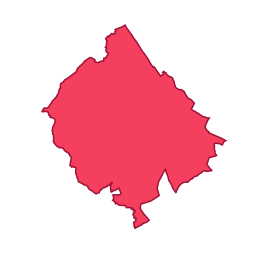 Jugureni, Prahova, Romania, rotated 324°
{"feature_id": "2599482B77676067936148", "entity_name": "Jugureni", "entity_type": "district", "adm_level": 2, "iso_a3": "ROU", "parent_name": "Romania", "parent_adm1": "Prahova", "projection": "robinson", "projection_center": [26.419, 45.107], "detail": "fine", "context": "isolated", "style": "filled", "palette": "rose", "viewbox_px": 256, "rotation_deg": 324, "n_neighbors": 0, "source": "geoboundaries", "source_scale": "gbopen_adm2", "svg_char_len": 5770}
<svg xmlns="http://www.w3.org/2000/svg" viewBox="0 0 256 256"><g transform="rotate(324 128 128)"><path d="M171.1,212.0L170.5,209.6L170.4,203.3L171.8,202.9L176.1,199.7L176.5,199.6L178.4,200.7L179.5,200.9L182.5,202.2L183.6,202.2L183.7,201.8L183.4,200.8L183.3,200.0L183.4,199.7L184.5,198.4L184.7,197.7L185.2,196.7L185.3,196.3L185.2,196.1L186.7,194.3L188.2,192.0L188.9,191.2L190.4,192.2L192.8,194.5L193.5,195.5L193.8,196.6L194.5,197.1L196.5,195.8L197.8,195.4L199.1,195.5L199.6,195.7L198.1,192.2L190.5,179.3L191.1,178.9L190.8,177.3L190.3,176.2L190.3,175.8L190.6,175.3L190.6,174.9L190.5,174.7L190.6,173.3L191.2,173.0L191.5,171.9L193.5,170.6L198.2,168.1L199.3,168.0L199.7,167.8L197.7,166.1L196.7,164.3L195.4,163.1L195.2,162.4L194.8,161.7L194.8,161.3L194.7,160.8L194.1,159.8L193.8,158.5L193.4,157.6L193.1,156.6L192.4,155.3L192.0,153.9L191.5,153.3L190.8,151.9L190.3,149.9L192.7,148.9L196.3,146.9L196.3,146.3L196.0,145.5L196.0,143.8L195.7,143.1L195.8,142.4L194.3,139.6L194.2,138.7L194.1,137.8L194.2,136.0L194.5,135.2L194.3,134.2L194.9,131.7L194.1,131.1L194.5,130.1L194.3,129.5L193.8,128.9L193.5,128.1L192.3,127.4L191.7,126.8L190.4,123.3L190.4,122.7L191.1,121.4L191.2,120.4L192.5,117.7L192.7,116.2L193.0,115.3L193.4,113.5L193.3,113.0L192.0,110.9L190.9,108.6L190.8,107.9L190.9,107.2L191.1,106.6L191.1,105.9L191.0,105.5L190.3,104.5L190.2,104.0L190.5,103.4L190.4,103.3L189.7,103.2L188.7,103.4L188.9,103.7L189.0,104.6L188.9,105.1L188.7,105.3L186.4,104.9L184.8,105.2L184.7,104.9L185.0,101.4L184.9,98.9L185.1,94.5L185.0,93.8L184.1,93.8L184.1,89.3L184.7,84.5L184.9,77.2L184.7,75.1L185.1,68.7L185.5,64.8L185.5,60.7L185.4,57.3L185.8,55.6L185.7,52.3L185.8,49.7L185.7,46.7L185.8,45.5L186.2,43.1L183.3,42.7L182.0,42.7L180.3,42.1L175.5,40.8L175.3,40.9L175.3,42.3L174.0,42.4L173.8,43.2L173.1,43.6L172.8,43.6L172.5,43.4L172.2,43.8L171.3,43.3L170.9,43.3L170.7,42.5L170.4,41.9L169.8,41.9L168.7,42.4L167.4,42.4L166.3,43.1L166.0,42.9L166.0,42.0L165.7,41.8L165.2,41.8L164.0,42.4L162.7,42.3L162.4,42.9L162.4,43.5L162.2,44.2L162.4,44.6L162.2,45.2L160.9,46.2L160.3,47.1L158.9,48.4L158.5,49.0L157.1,49.4L157.2,49.7L157.7,50.3L157.8,50.5L157.7,50.8L156.2,51.6L155.9,52.0L155.1,53.6L155.1,53.9L155.8,55.2L155.8,55.6L155.7,56.1L155.4,56.4L153.9,57.1L150.8,58.1L150.4,57.9L149.9,57.4L149.6,57.3L147.7,59.3L147.4,59.4L146.8,58.8L145.5,58.1L143.5,57.7L142.3,57.7L140.7,55.6L140.0,55.2L139.8,54.8L139.9,54.7L140.6,53.9L141.3,53.7L141.4,53.3L140.2,50.9L140.0,49.9L138.5,48.6L132.3,48.4L128.3,49.5L125.9,49.5L124.2,49.9L122.3,50.1L121.8,50.3L120.0,51.7L118.4,52.1L111.2,52.2L106.9,52.1L105.3,51.9L102.5,52.7L99.5,52.6L98.7,53.5L96.8,55.8L94.8,56.5L94.5,57.0L91.8,59.1L90.2,59.7L87.9,61.0L87.0,60.8L86.4,61.1L84.2,61.4L83.3,61.7L82.6,61.7L80.4,62.8L77.7,63.6L76.3,64.4L73.7,64.2L73.3,63.6L71.9,62.6L70.1,63.1L69.9,63.5L69.9,64.0L69.7,64.3L68.9,64.4L68.5,63.9L68.2,64.0L68.2,64.4L68.7,64.8L70.4,65.7L71.6,66.6L72.3,67.4L72.5,67.9L72.6,68.8L71.5,70.8L71.6,71.2L72.3,72.0L72.4,72.5L72.2,72.8L71.4,73.1L71.3,73.3L71.7,74.1L73.6,76.3L73.9,78.0L73.6,78.8L72.1,80.6L69.5,82.2L68.1,82.7L64.9,85.9L64.3,87.5L63.5,88.7L63.6,90.1L62.8,91.1L62.2,91.6L61.6,93.2L60.0,94.6L59.6,95.4L59.5,96.6L59.6,99.5L59.8,101.0L60.5,102.7L60.6,103.3L62.4,104.7L63.6,106.5L63.7,106.9L63.4,108.5L63.7,110.3L65.1,113.1L64.9,114.5L65.0,115.5L64.7,116.7L65.0,117.4L65.1,117.8L65.0,118.1L64.0,119.2L63.1,120.4L61.4,121.6L61.1,122.2L59.1,124.0L59.5,126.5L60.3,126.3L60.6,126.5L60.9,127.6L62.2,128.7L62.5,129.5L62.2,130.1L60.8,131.5L59.0,134.2L58.5,136.4L57.6,138.1L57.4,140.2L57.0,141.0L56.3,142.1L57.4,144.4L58.2,145.7L59.0,148.3L59.8,148.8L60.6,150.0L60.9,152.0L60.6,153.5L60.7,155.1L60.9,155.9L61.6,156.9L62.1,158.0L62.9,161.2L63.4,162.4L63.7,162.7L65.9,163.0L66.6,163.5L68.2,162.4L72.7,161.9L73.7,162.1L73.9,162.4L75.4,162.7L76.2,162.7L76.7,163.1L77.0,162.6L77.7,162.4L78.2,162.5L78.5,162.7L78.6,163.1L79.0,163.4L80.0,163.2L81.5,162.6L82.7,162.7L83.0,162.9L82.7,163.3L82.0,163.2L80.2,164.3L79.6,164.9L77.5,168.1L77.1,168.9L76.9,170.0L78.3,170.2L78.7,169.9L78.9,169.9L81.0,171.0L81.7,171.0L81.9,170.9L83.2,171.2L85.3,171.3L85.0,172.6L84.5,173.6L84.6,174.4L84.5,174.9L83.8,176.7L83.6,177.0L82.7,177.3L81.9,177.1L77.1,173.6L76.5,173.4L76.3,173.4L75.8,175.1L74.9,176.7L74.4,177.2L73.1,177.4L73.2,177.9L73.8,179.3L73.9,179.9L73.9,180.1L73.7,180.1L73.7,180.3L73.5,182.1L74.9,182.3L74.9,183.7L75.2,184.7L75.8,185.6L79.1,188.3L80.5,189.7L80.0,190.8L79.9,191.5L81.7,192.7L84.2,194.8L83.0,195.6L84.7,196.8L83.5,198.2L84.3,198.5L84.5,198.2L85.2,198.5L84.7,199.6L84.0,200.1L82.8,200.0L82.2,200.5L81.4,200.5L80.9,202.1L81.2,203.4L80.5,203.7L80.1,204.0L80.0,204.3L80.3,205.1L81.3,205.5L81.3,206.2L80.3,206.9L79.5,207.7L77.6,207.6L76.6,208.2L76.2,210.0L75.1,211.0L75.3,212.0L74.8,212.8L74.7,213.1L75.3,213.5L76.0,213.1L78.1,213.8L79.8,213.9L81.5,214.3L82.9,214.3L83.8,213.8L83.9,214.2L84.8,214.3L87.4,215.1L90.0,215.2L91.0,215.0L90.8,213.9L90.7,211.3L90.3,207.3L90.3,204.1L90.6,200.3L93.0,197.8L94.0,197.0L95.8,197.9L101.6,199.8L102.8,200.3L105.5,200.6L110.3,200.9L113.0,201.0L113.8,200.8L114.1,199.2L115.2,196.7L115.4,195.7L116.0,194.2L117.8,192.4L119.0,191.4L120.1,190.2L120.9,189.6L128.4,186.0L129.2,185.5L129.3,185.3L134.2,183.3L134.3,183.4L133.8,184.0L132.7,186.9L131.6,191.4L131.2,191.9L130.3,194.2L130.0,196.0L130.1,197.1L130.0,198.2L129.7,200.1L129.1,202.1L128.8,204.1L128.8,208.3L129.3,208.2L130.1,207.4L131.6,206.8L134.4,205.2L136.3,204.9L137.3,204.4L139.2,204.6L140.6,204.6L142.5,205.3L143.2,205.8L143.7,206.6L144.2,206.8L146.2,206.9L147.0,206.4L147.7,206.2L148.6,206.6L149.6,206.8L151.1,206.7L152.2,206.4L153.2,206.4L153.9,206.7L156.0,207.4L158.7,207.1L161.7,207.4L163.3,207.0L163.9,207.0L165.1,207.8L165.5,208.2L165.9,209.0L166.8,209.8L169.1,210.8L170.2,211.6L171.0,211.8L171.1,212.0Z" fill="#f43f5e" stroke="#9f1239" stroke-width="1.5"/></g></svg>